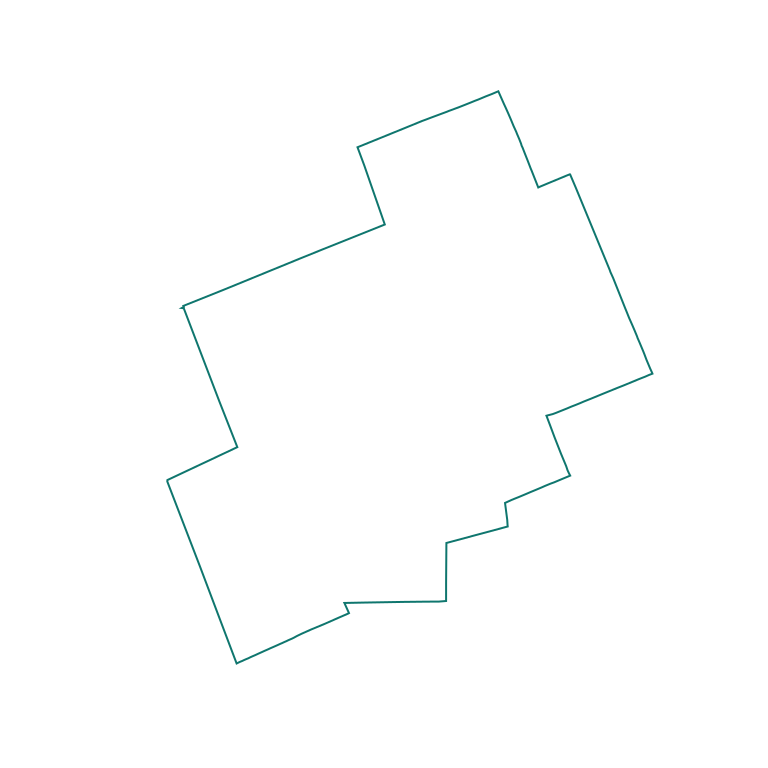 Macesu De Sus, Dolj, Romania (Equal Earth projection), rotated 331°
{"feature_id": "2599482B16695169082861", "entity_name": "Macesu De Sus", "entity_type": "district", "adm_level": 2, "iso_a3": "ROU", "parent_name": "Romania", "parent_adm1": "Dolj", "projection": "equal_earth", "projection_center": [23.726, 43.926], "detail": "fine", "context": "isolated", "style": "outline", "palette": "teal", "viewbox_px": 768, "rotation_deg": 331, "n_neighbors": 0, "source": "geoboundaries", "source_scale": "gbopen_adm2", "svg_char_len": 2290}
<svg xmlns="http://www.w3.org/2000/svg" viewBox="0 0 768 768"><g transform="rotate(331 384 384)"><path d="M623.8,505.1L623.9,504.5L624.3,499.4L625.3,490.2L626.2,484.1L626.6,481.0L627.7,470.9L628.1,466.6L628.4,465.1L629.2,458.0L629.7,453.0L630.4,445.1L630.8,441.9L631.1,439.6L631.7,434.5L635.8,402.3L636.3,395.9L636.7,393.7L646.9,305.4L648.4,290.9L648.2,290.7L645.2,290.3L624.9,288.0L619.4,287.4L616.8,287.1L614.2,286.9L615.3,278.5L615.9,273.9L616.5,269.3L616.8,266.5L617.9,258.7L618.3,255.6L618.9,251.0L619.8,244.4L619.9,242.3L620.4,240.2L620.7,237.8L621.0,235.6L621.6,229.7L621.9,227.6L622.2,223.7L622.4,221.1L623.0,215.9L623.3,213.2L623.9,207.0L624.4,201.1L624.7,196.9L625.8,184.7L625.9,183.4L624.0,183.2L619.1,182.7L612.5,181.8L604.3,180.9L600.9,180.4L596.6,179.9L590.3,179.1L584.2,178.3L574.9,176.9L573.1,176.6L571.2,176.4L566.6,175.7L562.0,175.0L554.1,173.8L552.0,173.5L548.5,173.0L544.7,172.4L526.9,170.3L475.6,164.1L472.7,183.3L468.5,207.5L463.6,235.8L462.0,244.9L394.7,236.4L371.0,233.5L289.8,223.9L246.4,218.4L246.3,219.5L244.0,219.5L245.1,220.3L245.6,220.6L231.6,319.1L225.1,368.1L148.0,363.0L147.2,364.2L134.5,454.9L127.3,504.1L119.6,557.0L122.0,557.1L123.4,557.2L125.8,557.5L127.7,557.6L129.8,557.8L132.3,558.1L134.7,558.2L137.0,558.4L139.9,558.7L142.8,558.9L145.3,559.1L147.6,559.3L150.3,559.5L152.3,559.7L154.5,559.9L156.2,560.0L158.2,560.2L160.3,560.4L162.5,560.6L164.8,560.8L167.5,561.0L169.2,561.2L170.8,561.3L172.1,561.4L174.0,561.6L176.1,561.7L178.1,561.9L180.1,562.1L182.3,562.2L185.6,562.2L191.0,562.5L201.4,563.4L215.6,565.0L230.9,566.4L241.2,567.4L242.3,567.4L243.2,556.3L260.6,565.5L295.9,584.3L314.6,594.4L326.7,601.0L333.1,603.9L342.2,587.5L361.5,553.3L423.1,568.6L423.9,566.8L425.9,562.6L432.2,546.7L439.8,547.3L440.3,547.4L442.3,547.6L447.0,548.2L452.4,548.8L456.2,549.2L460.2,549.6L464.5,550.1L471.9,550.9L475.4,551.2L481.4,551.9L485.1,552.5L491.7,553.2L498.8,554.0L502.4,554.4L502.5,551.4L502.7,548.5L503.5,544.2L505.0,530.8L507.3,513.5L509.2,500.9L510.7,490.5L512.7,491.0L516.9,492.1L520.1,492.6L524.9,493.2L532.1,494.1L536.9,494.6L541.2,495.2L546.1,495.8L550.2,496.2L557.2,497.1L564.8,498.0L570.0,498.6L575.8,499.3L585.8,500.5L592.6,501.4L609.2,503.3L613.0,503.8L615.9,504.2L620.3,504.6L623.8,505.1Z" fill="none" stroke="#0f766e" stroke-width="2"/></g></svg>